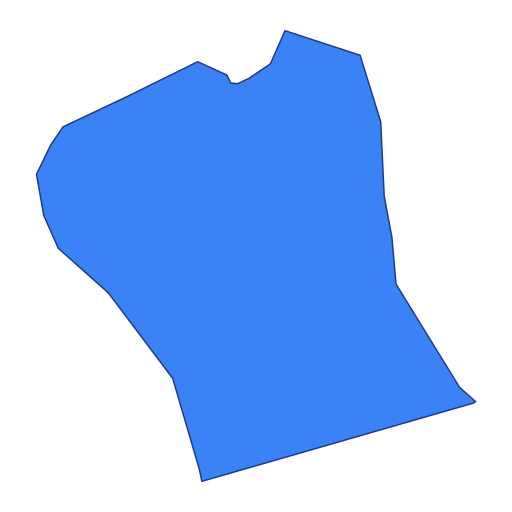 Šentjernej, Robinson projection
{"feature_id": "SVN-987", "entity_name": "Šentjernej", "entity_type": "Municipality", "adm_level": 1, "iso_a3": "SVN", "parent_name": "Slovenia", "parent_adm1": "", "projection": "robinson", "projection_center": [15.351, 45.818], "detail": "fine", "context": "isolated", "style": "filled", "palette": "blue", "viewbox_px": 512, "rotation_deg": 0, "n_neighbors": 0, "source": "natural_earth", "source_scale": "10m", "svg_char_len": 466}
<svg xmlns="http://www.w3.org/2000/svg" viewBox="0 0 512 512"><path d="M475.5,401.6L473.6,403.0L201.9,481.3L201.6,480.0L199.8,471.3L199.8,470.8L172.7,378.4L108.3,292.8L58.3,248.3L43.8,215.5L36.5,174.4L50.7,145.0L63.1,126.8L126.4,96.9L197.7,61.7L226.9,75.1L230.7,83.0L237.6,83.7L248.9,78.4L270.4,63.8L285.0,30.7L360.1,55.3L380.7,121.8L384.2,196.3L391.9,237.3L396.0,284.1L459.6,387.4L474.5,400.7L475.5,401.6Z" fill="#3b82f6" stroke="#1e3a8a" stroke-width="1.5"/></svg>